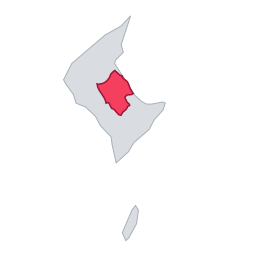 where Couva-Tabaquite-Talparo sits in Trinidad and Tobago, rotated 142°
{"feature_id": "TTO-58", "entity_name": "Couva-Tabaquite-Talparo", "entity_type": "Region", "adm_level": 1, "iso_a3": "TTO", "parent_name": "Trinidad and Tobago", "parent_adm1": "", "projection": "equal_earth", "projection_center": [-61.362, 10.449], "detail": "fine", "context": "in_parent", "style": "filled", "palette": "rose", "viewbox_px": 256, "rotation_deg": 142, "n_neighbors": 0, "source": "natural_earth", "source_scale": "10m", "svg_char_len": 1450}
<svg xmlns="http://www.w3.org/2000/svg" viewBox="0 0 256 256"><g transform="rotate(142 128 128)"><path d="M149.1,205.7L132.4,213.5L88.8,215.4L70.8,212.6L56.9,214.8L82.1,197.8L85.1,190.6L95.8,189.2L98.9,187.1L102.4,149.6L101.0,140.7L98.9,135.7L94.6,132.2L84.9,127.3L83.2,124.8L89.3,120.6L102.4,118.3L112.2,113.8L132.4,112.9L142.2,109.0L158.8,107.8L150.6,125.0L146.8,131.4L148.3,146.9L146.4,157.5L148.6,170.8L153.6,179.5L150.4,188.1L149.9,201.1L149.1,205.7ZM175.4,60.9L169.8,62.3L170.4,56.8L180.2,47.3L195.2,40.9L199.1,40.6L196.9,49.1L175.4,60.9Z" fill="#d9dde1" stroke="#a8b0b8" stroke-width="1"/><path d="M102.9,181.4L102.8,180.1L102.3,177.9L102.0,175.3L101.8,174.5L100.9,173.5L100.6,172.9L100.5,172.1L100.8,171.9L101.2,171.8L101.3,171.4L101.2,170.4L100.6,167.6L100.3,166.7L100.0,164.7L100.6,162.0L102.0,157.7L102.7,152.4L102.7,151.9L104.1,152.1L104.8,152.3L105.6,152.9L106.5,153.2L107.3,154.0L108.6,154.6L111.2,154.3L111.9,153.4L112.1,152.1L112.8,148.9L112.3,145.9L112.7,144.8L113.2,144.8L114.3,145.1L115.5,145.0L116.8,144.2L118.3,143.8L122.7,143.6L125.7,142.3L126.8,143.6L127.2,145.1L127.5,150.9L127.9,152.1L128.7,153.2L128.6,155.4L127.8,158.5L127.8,159.7L128.0,160.3L130.0,161.0L128.6,164.4L128.1,167.2L127.5,175.1L126.7,178.9L125.2,181.8L124.3,180.6L123.0,179.9L122.2,179.6L121.3,179.0L120.0,178.6L118.2,178.2L115.3,178.2L111.8,179.1L108.3,181.1L106.2,181.4L103.5,181.6L102.9,181.4Z" fill="#f43f5e" stroke="#9f1239" stroke-width="1.5"/></g></svg>